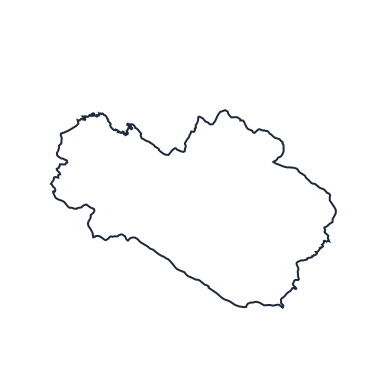 outline of Soppeng, Sulawesi Selatan, Indonesia, rotated 304°
{"feature_id": "22746128B93867843889604", "entity_name": "Soppeng", "entity_type": "district", "adm_level": 2, "iso_a3": "IDN", "parent_name": "Indonesia", "parent_adm1": "Sulawesi Selatan", "projection": "equal_earth", "projection_center": [119.925, -4.319], "detail": "fine", "context": "isolated", "style": "outline", "palette": "slate", "viewbox_px": 384, "rotation_deg": 304, "n_neighbors": 0, "source": "geoboundaries", "source_scale": "gbopen_adm2", "svg_char_len": 6029}
<svg xmlns="http://www.w3.org/2000/svg" viewBox="0 0 384 384"><g transform="rotate(304 192 192)"><path d="M146.8,331.8L147.8,331.8L148.9,331.1L149.3,330.3L149.5,328.8L149.9,327.8L152.7,325.9L154.0,325.8L156.8,327.0L161.1,327.3L165.3,329.0L168.3,329.0L169.2,329.7L169.5,332.1L170.0,332.5L170.6,331.8L171.6,327.5L172.0,327.1L175.3,326.5L176.4,326.6L177.0,327.0L178.5,329.2L179.4,329.4L181.3,327.2L185.3,324.0L187.6,323.4L188.5,322.4L190.6,319.1L191.2,318.6L192.1,318.4L193.2,318.7L196.5,320.9L197.6,322.6L200.2,324.9L200.5,325.1L201.4,324.6L201.6,324.7L205.0,327.9L206.2,327.5L206.8,328.3L207.6,328.2L208.3,329.1L209.9,330.0L211.0,329.8L211.6,328.3L212.4,329.5L216.0,329.9L216.9,329.2L217.4,329.5L217.7,330.1L218.3,330.0L218.7,330.6L220.1,331.0L220.5,330.6L221.1,329.2L222.0,329.6L223.8,329.7L225.1,328.7L225.5,328.8L225.7,329.2L226.0,331.1L226.6,331.7L227.6,332.0L227.8,333.2L229.8,330.3L231.9,329.5L232.2,328.5L232.5,325.4L232.8,324.6L233.0,324.1L234.8,323.9L236.2,321.7L237.1,321.8L239.0,323.1L242.2,323.8L245.7,325.3L248.3,323.7L254.3,323.2L257.0,321.7L257.8,320.8L259.0,318.6L262.0,311.0L264.8,309.0L266.7,308.3L267.3,306.6L266.8,304.1L267.4,302.8L267.9,299.8L266.9,295.6L267.5,289.4L266.5,287.5L266.2,285.6L266.7,284.0L267.6,278.3L268.4,277.2L268.7,275.9L268.5,269.9L268.8,268.9L269.7,267.3L269.8,265.4L269.2,263.3L266.7,258.6L265.6,257.2L264.4,254.0L262.5,245.5L262.4,242.6L263.6,243.0L264.9,243.9L266.9,244.3L268.4,244.1L271.4,245.9L274.6,245.8L277.1,245.1L281.8,241.8L282.6,241.0L282.7,240.0L284.1,239.2L284.1,236.9L284.8,235.0L283.3,230.6L283.5,227.7L283.9,225.9L283.9,223.6L284.7,221.2L284.6,219.9L283.8,218.9L283.4,217.3L282.4,216.0L282.0,213.5L281.4,212.4L280.4,211.9L276.0,210.8L275.6,209.7L275.7,209.1L276.4,207.9L276.4,206.8L275.6,203.7L275.6,202.8L276.4,200.5L279.3,195.9L279.7,194.5L279.6,193.9L278.3,192.1L279.3,191.4L279.3,188.0L278.3,186.1L275.8,182.8L276.9,178.7L278.6,176.6L278.4,173.7L273.9,170.5L270.0,170.5L263.8,171.5L260.0,171.3L259.5,171.0L258.5,169.7L258.1,168.5L258.6,166.5L258.0,163.8L259.0,159.9L258.8,156.9L258.4,155.7L258.0,155.4L256.8,155.7L255.3,156.8L253.2,157.4L250.3,157.9L249.4,157.7L247.8,159.1L246.9,159.3L246.5,158.8L246.1,158.8L245.7,159.5L244.2,160.0L243.0,160.0L241.8,157.6L241.4,157.5L239.6,158.2L237.6,158.2L235.9,158.8L232.9,158.6L228.5,158.9L227.9,159.2L227.3,160.4L226.3,161.3L225.3,161.8L224.1,161.9L221.7,163.2L220.3,162.3L219.2,159.1L219.1,157.3L218.7,156.3L219.2,154.4L218.9,153.5L215.9,152.3L209.6,151.8L208.1,149.1L207.8,147.4L207.9,143.3L208.3,141.0L208.9,140.7L209.2,139.9L209.1,137.0L208.8,136.5L209.6,133.9L209.6,130.2L209.4,129.7L209.7,129.0L208.8,125.3L208.7,121.9L208.4,120.1L210.1,117.8L211.6,117.4L212.0,117.0L213.6,111.6L213.6,109.7L213.4,108.9L214.5,107.7L214.9,105.6L214.5,104.2L213.0,102.4L212.8,101.4L212.0,101.2L212.7,101.1L212.7,100.6L212.3,100.5L211.5,100.6L211.6,102.1L212.0,102.4L212.0,102.8L211.5,103.3L212.0,103.5L212.7,103.1L212.6,104.3L211.9,105.1L211.7,106.4L211.1,107.0L210.1,106.6L210.3,105.1L209.8,103.4L207.7,103.9L206.2,103.6L205.2,105.5L204.8,105.2L205.1,104.9L205.0,104.4L204.5,104.5L204.3,105.9L204.0,106.1L203.5,105.1L202.9,105.6L202.4,105.3L202.9,105.0L202.9,104.5L203.3,104.3L202.8,103.9L202.7,104.3L202.1,104.4L201.9,103.4L202.5,102.2L202.8,102.4L203.4,102.1L203.4,100.8L203.1,100.6L202.7,101.0L202.0,100.9L201.2,99.9L201.0,99.3L201.4,98.6L201.4,97.8L200.4,97.5L200.1,97.0L200.9,96.7L201.5,95.8L201.5,95.2L201.2,94.8L201.1,93.8L200.3,93.8L199.7,92.4L200.2,89.3L200.9,87.6L201.5,86.9L202.6,86.7L202.7,86.3L203.2,86.1L204.1,82.4L204.9,81.7L205.3,81.7L205.5,80.5L206.2,79.8L206.8,78.4L207.0,77.1L206.6,76.5L207.1,74.0L206.9,73.8L206.5,74.1L206.0,73.7L206.2,72.7L206.0,72.2L205.1,72.0L205.1,71.1L204.8,71.4L204.0,71.3L203.8,72.0L203.3,72.0L203.2,71.3L202.6,71.2L202.5,70.3L201.4,70.7L201.4,69.7L201.0,68.8L202.1,67.3L201.8,66.8L202.1,66.6L202.0,66.1L201.8,66.0L201.3,66.4L201.3,65.6L200.3,65.2L200.1,65.6L200.4,67.3L200.0,67.5L198.9,66.1L198.8,65.4L198.5,65.4L198.4,64.0L197.2,64.1L196.0,63.6L195.9,62.9L195.1,62.2L195.2,61.6L194.9,60.8L194.4,60.8L193.6,59.4L193.4,60.5L193.8,61.7L193.4,61.8L192.8,62.8L191.9,62.9L191.8,61.7L191.1,61.2L191.5,60.5L191.2,59.6L190.7,59.2L188.4,58.8L188.1,58.4L187.7,56.9L185.1,59.6L181.9,59.0L174.7,55.7L170.7,53.4L167.2,50.8L165.8,51.3L163.9,53.8L159.1,56.5L156.1,55.8L153.8,57.2L151.4,58.0L148.7,58.2L147.2,59.4L146.7,60.7L146.6,63.9L146.8,65.1L147.6,66.5L147.6,68.2L148.2,70.4L148.0,70.9L146.6,72.1L145.8,71.3L144.1,71.6L141.1,67.1L139.9,67.7L138.8,67.6L137.9,68.2L135.5,66.9L134.7,67.6L133.7,71.7L132.9,72.8L131.5,71.7L131.0,71.7L129.1,73.1L128.1,70.5L127.1,69.6L126.3,69.7L125.0,70.5L119.8,70.5L119.7,71.9L118.6,74.1L118.6,75.6L117.7,77.1L116.9,77.8L115.9,78.1L115.3,77.9L115.1,76.7L114.7,76.6L113.5,77.7L110.9,82.2L110.9,84.6L112.0,88.9L112.3,91.7L110.7,96.7L110.4,99.2L111.7,101.1L112.2,103.2L113.3,105.5L114.8,106.2L117.3,108.8L120.4,109.7L122.4,111.2L122.6,112.1L122.3,116.1L123.1,120.2L122.2,121.4L121.4,121.7L119.6,121.9L116.3,120.9L113.9,122.4L109.0,122.8L107.7,123.4L105.9,125.1L104.2,129.4L102.4,132.5L99.2,135.5L100.2,136.4L101.7,136.9L103.1,138.7L103.8,141.2L103.5,146.1L103.7,147.1L104.2,147.6L106.7,148.8L108.4,148.8L109.8,149.6L110.2,150.2L110.5,151.3L111.9,152.4L113.3,154.7L114.3,155.4L115.4,155.5L117.4,157.1L117.7,157.9L117.9,161.0L116.0,164.3L115.8,165.5L115.9,166.1L118.8,166.5L119.9,167.1L121.2,168.3L122.3,170.2L122.5,173.2L121.7,176.5L121.6,178.0L122.0,185.1L121.7,189.2L122.4,191.9L121.9,197.1L121.9,200.4L122.1,202.9L122.6,204.6L122.5,208.0L122.9,209.1L122.9,210.6L121.9,214.8L119.9,221.2L119.8,223.9L121.2,230.4L120.3,233.6L120.0,235.7L120.7,238.7L121.4,243.8L122.8,246.6L122.9,247.4L122.3,254.6L122.8,255.8L123.1,257.5L122.7,259.1L121.9,259.3L121.9,269.1L121.0,276.0L121.1,278.8L122.5,284.4L122.4,290.7L123.3,294.3L124.4,297.0L125.8,299.8L127.0,301.2L128.4,300.7L130.6,300.7L133.2,302.5L134.3,304.2L136.2,305.8L137.0,306.9L138.0,309.6L138.4,315.2L141.8,319.6L143.2,322.9L146.1,325.6L147.1,327.1L147.2,327.7L146.8,331.8Z" fill="none" stroke="#1e293b" stroke-width="2"/></g></svg>